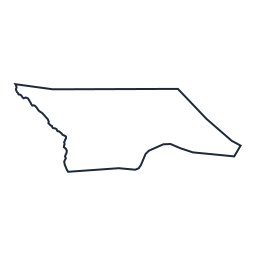 outline of Abu Radis, Janub Sina', Egypt
{"feature_id": "37247803B44606701734202", "entity_name": "Abu Radis", "entity_type": "district", "adm_level": 2, "iso_a3": "EGY", "parent_name": "Egypt", "parent_adm1": "Janub Sina'", "projection": "mercator", "projection_center": [33.203, 29.047], "detail": "fine", "context": "isolated", "style": "outline", "palette": "slate", "viewbox_px": 256, "rotation_deg": 0, "n_neighbors": 0, "source": "geoboundaries", "source_scale": "gbopen_adm2", "svg_char_len": 1243}
<svg xmlns="http://www.w3.org/2000/svg" viewBox="0 0 256 256"><path d="M177.9,88.9L52.8,89.3L15.4,84.2L15.7,84.7L16.5,87.0L16.5,87.7L16.1,88.6L15.9,89.2L16.3,90.6L16.9,91.9L18.3,93.4L18.4,94.2L19.2,94.6L20.1,94.7L20.7,95.0L21.4,95.6L22.5,97.3L23.6,98.3L24.7,98.0L25.4,97.5L27.0,97.9L28.0,98.4L28.5,99.2L29.6,101.1L30.7,102.9L31.4,104.5L32.4,105.6L33.6,105.3L35.0,105.8L36.0,106.9L37.2,108.4L38.6,110.5L40.2,111.8L41.9,112.8L43.1,114.0L45.0,116.1L46.5,117.8L47.7,119.1L48.8,121.7L48.4,123.1L49.5,124.3L50.8,125.6L51.9,125.9L52.3,127.2L53.0,128.1L55.1,128.4L56.5,129.1L57.0,130.3L57.6,131.2L58.6,131.2L59.7,131.8L60.5,132.6L61.7,133.5L62.5,134.8L64.5,135.6L65.4,136.1L66.0,136.8L65.9,138.6L65.2,139.6L64.9,140.5L64.7,141.2L64.1,142.1L64.4,143.2L64.6,144.5L64.1,145.3L63.9,147.2L65.1,148.1L65.8,148.8L66.8,150.6L66.6,152.5L66.3,153.5L65.4,155.3L65.0,156.6L65.5,157.3L65.8,158.5L65.3,159.3L64.8,160.1L64.2,161.7L64.8,164.8L64.9,165.1L65.6,166.6L65.9,167.5L66.9,169.8L68.0,171.7L68.1,171.8L118.7,168.2L135.2,169.7L135.5,169.6L138.7,168.3L140.9,165.1L145.6,153.9L148.9,150.7L163.3,144.3L170.5,144.0L180.8,148.4L193.0,152.4L213.8,154.4L234.2,156.4L240.6,145.6L231.7,140.8L206.6,119.0L177.9,88.9Z" fill="none" stroke="#1e293b" stroke-width="2"/></svg>